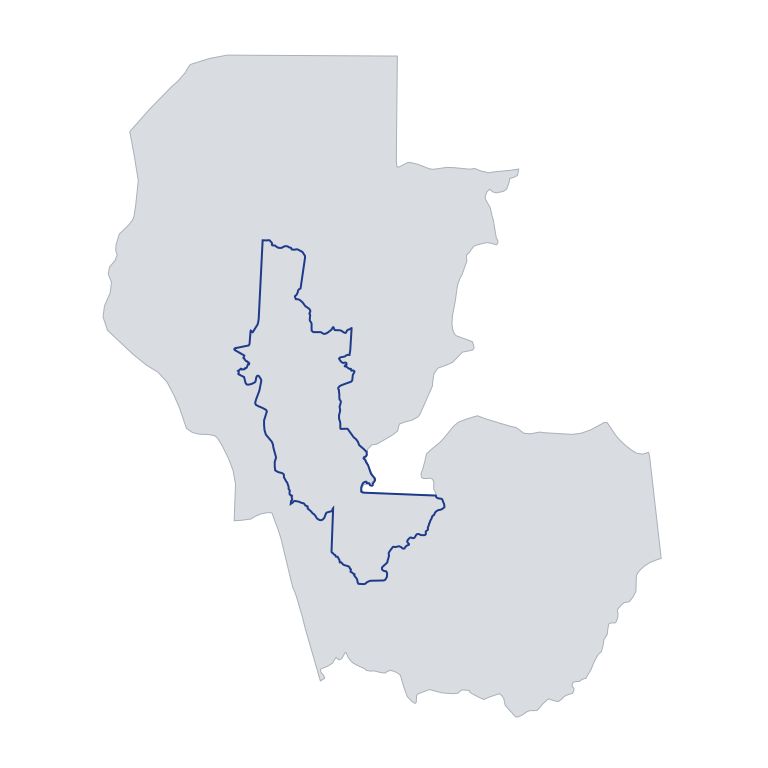 Central on a map of Zambia (orthographic projection), rotated 92°
{"feature_id": "ZMB-516", "entity_name": "Central", "entity_type": "Province", "adm_level": 1, "iso_a3": "ZMB", "parent_name": "Zambia", "parent_adm1": "", "projection": "orthographic", "projection_center": [28.771, -13.872], "detail": "fine", "context": "in_parent", "style": "outline", "palette": "blue", "viewbox_px": 768, "rotation_deg": 92, "n_neighbors": 0, "source": "natural_earth", "source_scale": "10m", "svg_char_len": 9795}
<svg xmlns="http://www.w3.org/2000/svg" viewBox="0 0 768 768"><g transform="rotate(92 384 384)"><path d="M525.9,529.0L489.0,528.9L475.5,531.9L464.5,536.4L451.3,543.6L443.7,548.6L441.6,551.4L440.6,557.5L440.6,566.9L439.2,573.7L435.2,579.9L415.4,587.4L402.4,593.6L389.6,600.9L380.0,610.4L373.5,622.0L362.6,636.4L340.0,662.2L326.9,667.1L315.8,666.1L302.4,660.8L291.7,659.9L283.9,663.4L276.7,662.4L269.9,657.1L264.3,655.2L259.8,656.8L254.0,656.6L243.4,653.8L234.1,644.8L229.1,641.1L225.3,639.7L214.3,638.4L189.2,636.7L163.3,641.8L140.6,646.9L116.7,627.1L93.7,606.1L88.7,600.7L80.1,593.7L73.9,590.4L71.4,588.7L64.7,569.6L60.8,552.1L55.8,382.1L159.8,379.5L166.5,378.7L166.7,376.8L161.7,367.8L161.9,364.6L163.1,358.4L167.4,346.0L167.7,341.9L165.3,328.6L165.4,321.1L166.3,305.9L165.5,300.8L167.9,294.0L168.6,289.5L169.5,287.5L168.3,282.4L165.9,264.4L164.5,256.9L170.9,257.9L173.0,261.6L174.3,265.6L177.1,265.8L184.6,268.0L187.3,271.3L189.1,278.5L188.1,282.2L185.7,285.2L188.2,287.8L193.2,289.5L196.1,288.9L204.5,283.8L212.2,281.9L216.2,280.5L233.5,277.0L236.9,275.2L239.3,275.2L241.1,276.6L239.6,281.7L239.1,286.3L241.4,294.8L243.0,298.8L246.7,301.6L249.3,303.1L252.3,306.1L258.3,305.5L271.6,309.7L275.6,311.7L281.3,313.6L285.2,314.3L298.9,315.7L313.4,318.0L320.9,318.2L326.2,317.5L329.9,316.2L332.2,314.8L333.2,313.6L338.6,297.3L341.4,296.0L344.9,295.2L347.0,296.6L349.5,306.9L359.9,316.1L363.6,323.8L366.2,330.5L368.5,332.3L372.5,334.6L378.8,335.3L384.4,335.6L412.6,346.8L415.7,348.9L419.2,354.9L421.2,361.8L423.5,367.2L427.1,368.2L430.3,368.6L433.5,372.3L435.9,375.6L444.3,389.0L445.4,394.3L449.4,397.8L454.9,399.4L459.9,399.6L462.9,398.0L470.0,395.2L475.6,392.1L479.7,391.0L482.1,391.7L484.0,393.9L485.1,400.6L489.1,402.8L492.0,401.9L493.2,399.3L493.3,398.0L493.4,328.1L490.9,328.6L487.6,330.6L480.2,330.8L477.3,332.3L476.4,334.5L476.9,337.4L477.1,341.3L476.0,343.2L472.7,343.9L468.0,342.4L459.4,340.4L452.3,339.1L447.2,333.9L440.3,326.0L435.7,322.0L424.8,313.8L422.9,312.1L419.6,308.3L416.7,301.7L414.0,294.2L412.5,289.3L415.1,281.9L421.5,257.7L423.0,250.2L428.3,242.5L428.7,235.7L426.6,226.9L427.1,222.1L427.8,194.4L426.4,185.6L422.7,176.0L414.8,162.5L414.8,159.6L427.0,150.8L430.7,147.5L437.1,140.4L441.4,134.4L444.2,129.5L445.1,123.2L443.1,117.2L447.3,116.0L548.6,100.9L550.1,105.1L553.1,112.0L556.6,117.1L560.9,121.5L564.6,124.2L567.0,125.1L582.6,125.0L588.2,127.7L593.0,131.2L594.2,136.5L597.4,139.8L600.8,142.5L602.3,142.8L604.9,142.2L609.0,142.2L612.9,143.4L614.7,144.6L614.9,149.0L616.0,151.0L621.3,151.8L626.6,152.2L631.8,155.3L637.4,155.9L643.8,157.3L646.8,160.5L653.7,164.0L662.0,167.1L671.2,172.1L671.4,173.6L672.9,176.5L674.5,178.6L674.6,181.7L675.4,184.6L677.7,185.3L679.7,185.5L681.5,183.5L684.0,183.6L686.7,184.9L687.6,188.2L689.7,192.7L693.0,195.7L695.3,198.7L694.4,203.9L692.9,208.7L697.5,213.6L703.4,218.2L705.0,220.2L705.4,227.0L706.3,229.3L710.3,234.9L712.2,238.7L712.1,240.8L700.9,251.7L694.2,253.3L691.2,255.5L689.4,257.8L693.6,268.9L695.8,273.1L693.8,278.3L689.3,287.2L687.3,287.9L686.9,294.6L688.1,297.1L690.3,299.1L691.1,303.7L690.7,315.0L687.8,327.9L692.5,339.3L694.2,340.5L701.0,340.7L702.1,341.7L700.4,344.9L695.6,349.8L686.9,353.4L674.4,357.5L671.7,361.5L669.9,367.4L671.3,370.9L672.9,372.9L672.3,378.1L671.1,383.5L671.4,387.8L670.8,391.6L669.1,393.5L666.9,399.2L664.1,404.9L661.9,407.5L658.8,410.1L653.8,412.4L653.9,413.5L659.4,416.3L660.8,418.1L661.3,419.4L659.0,422.3L661.5,424.1L664.6,425.6L667.5,429.5L670.8,436.8L671.4,437.5L672.3,437.6L674.2,436.9L677.6,434.0L680.1,433.0L683.0,437.2L631.0,454.2L618.8,457.7L600.6,463.7L594.7,466.0L589.9,468.3L541.7,481.7L534.1,484.4L517.0,491.4L516.5,492.6L516.6,495.8L518.1,502.5L521.0,508.6L523.5,512.1L525.1,521.1L525.9,529.0Z" fill="#d9dde1" stroke="#a8b0b8" stroke-width="1"/><path d="M491.6,403.1L492.4,403.0L493.3,401.2L493.7,328.3L495.0,328.0L495.4,327.6L495.9,326.9L496.4,325.7L496.7,322.8L496.9,322.2L497.3,321.8L502.1,319.7L504.6,319.3L504.9,319.3L505.2,319.5L506.7,321.2L507.7,323.1L508.1,325.3L509.7,327.7L511.5,328.9L513.0,329.3L514.1,330.9L515.3,331.4L516.3,331.6L519.4,333.1L520.8,333.4L522.2,334.1L523.5,334.2L525.3,335.0L526.2,335.2L527.1,335.0L528.2,335.1L528.7,335.6L529.3,336.6L530.2,337.1L530.5,337.2L532.1,336.9L532.7,337.0L533.3,337.5L533.7,338.6L533.7,341.6L533.5,342.3L532.8,343.7L532.8,345.3L533.0,345.9L533.6,346.5L536.3,348.0L536.9,348.7L537.1,349.9L536.5,351.5L536.6,352.5L537.6,353.6L539.2,354.9L540.5,355.4L541.7,354.8L542.9,353.5L543.4,353.4L544.0,353.8L544.7,355.5L545.1,356.1L546.1,356.9L547.2,357.5L547.7,358.0L547.8,358.5L547.8,359.3L547.5,359.9L546.4,361.2L545.6,363.3L546.6,367.1L546.3,368.9L546.5,369.3L546.9,369.7L550.3,372.1L552.4,373.3L553.4,373.4L555.6,373.0L559.0,373.8L560.5,374.3L562.0,374.4L562.7,374.9L566.8,379.1L567.6,379.6L569.0,379.6L569.8,379.2L570.3,378.6L570.9,377.2L571.1,375.4L571.5,375.0L573.1,374.3L576.0,374.3L576.7,374.4L578.9,375.5L579.6,376.1L579.9,376.3L580.2,377.1L580.4,378.0L581.1,390.6L581.5,391.7L582.5,393.8L584.5,396.1L584.7,397.7L584.6,402.5L583.3,403.4L580.7,403.9L579.4,404.6L577.2,406.4L576.4,407.1L576.0,406.9L575.5,406.8L575.0,406.9L574.6,408.1L573.5,409.4L572.9,410.8L572.2,410.9L570.8,410.6L570.2,410.8L569.6,411.6L568.1,412.2L567.4,413.4L566.3,417.5L566.0,418.3L563.6,420.8L563.9,421.8L563.2,422.2L561.6,422.3L559.5,423.7L558.8,423.9L558.3,424.4L558.3,425.3L558.1,426.2L556.8,426.7L556.8,426.9L555.9,428.2L554.6,429.5L554.3,430.2L553.8,430.5L553.2,430.6L509.9,430.5L510.4,430.9L512.5,431.4L512.8,431.6L514.5,436.8L514.7,437.1L516.5,437.9L519.1,438.7L520.0,439.1L521.5,440.4L522.2,441.7L522.3,442.7L522.2,443.6L521.9,444.3L520.7,446.3L520.0,446.8L518.6,447.6L517.3,448.8L516.6,449.3L515.9,450.7L513.8,452.5L511.2,455.8L510.6,456.1L509.6,455.9L509.0,456.1L508.6,457.0L508.2,458.3L507.9,458.6L506.9,459.2L506.3,459.8L505.9,460.8L505.7,462.1L505.4,463.1L504.8,464.3L504.3,466.4L504.0,469.3L504.3,469.9L505.5,470.9L507.1,473.0L504.3,472.8L503.7,472.5L503.2,471.9L502.7,471.7L501.9,471.8L501.0,472.2L500.0,472.5L499.2,471.9L498.9,472.0L498.6,472.4L498.1,473.8L497.8,474.3L497.4,474.4L496.1,474.7L494.2,474.4L493.8,474.4L492.1,475.7L490.2,475.7L485.8,477.4L484.7,478.4L481.4,480.3L480.6,480.8L478.5,480.8L477.6,481.2L476.8,482.4L476.5,483.1L475.7,486.8L474.1,489.7L470.4,490.3L465.9,490.5L461.2,489.3L451.5,492.3L448.6,492.8L445.6,494.1L438.7,500.3L434.3,501.8L429.4,502.4L424.6,502.6L415.4,500.1L413.9,501.1L412.1,504.7L410.6,508.7L409.2,511.4L407.4,512.1L404.2,511.4L394.9,508.3L385.4,506.8L384.0,506.9L383.5,507.2L380.7,509.1L380.2,509.7L380.1,510.3L380.4,511.1L381.2,511.6L382.5,512.0L385.5,512.4L386.3,512.7L387.0,513.4L388.5,516.2L389.3,518.8L389.4,520.6L389.3,521.0L388.8,521.6L387.8,522.4L381.9,524.1L379.6,529.2L378.9,530.0L377.9,529.6L376.9,529.6L376.0,530.4L375.1,529.0L373.7,527.6L373.8,527.2L374.5,526.4L374.2,525.7L374.2,524.0L374.0,523.7L373.1,523.4L372.9,523.2L372.8,522.2L372.3,521.7L369.2,520.7L369.1,520.4L369.2,519.9L369.1,519.6L368.7,519.5L367.9,519.5L367.2,520.0L367.0,521.0L366.3,521.4L366.1,521.6L365.9,522.5L365.6,523.0L364.3,524.1L363.5,524.5L363.1,525.3L362.6,525.4L361.7,524.9L360.6,524.6L360.4,524.6L355.3,534.3L354.4,534.8L353.8,534.0L353.2,533.8L353.2,533.1L350.2,520.6L348.8,519.8L335.8,519.2L335.3,519.0L335.5,518.7L336.8,517.5L336.9,517.1L336.3,516.7L328.9,512.4L326.7,511.9L323.4,511.5L244.6,510.3L244.6,506.4L244.3,504.3L244.4,503.4L246.8,501.0L247.4,500.8L248.8,500.9L249.2,500.6L249.4,499.9L249.4,497.7L250.4,496.5L251.1,495.3L251.6,494.1L251.6,491.3L249.8,488.1L249.7,487.1L249.7,485.9L249.9,484.9L250.7,483.8L251.1,481.9L251.5,481.5L252.7,480.9L252.8,480.6L252.9,477.8L252.5,476.6L252.4,475.7L252.6,474.8L253.2,473.7L254.1,471.6L255.0,470.1L255.6,469.5L256.4,469.1L258.4,467.6L260.4,467.3L291.2,470.7L291.8,471.3L292.6,472.6L294.0,473.2L295.4,473.4L297.9,474.5L299.1,475.9L299.7,476.1L302.2,475.1L302.5,472.1L303.1,470.9L305.3,468.2L308.9,465.4L311.2,461.8L311.6,461.2L312.4,460.7L313.2,460.3L314.2,460.2L315.8,460.9L316.5,461.0L316.8,460.8L317.2,460.3L317.8,460.2L322.4,460.5L323.4,460.2L325.4,458.8L326.2,458.5L333.1,458.2L334.0,457.3L334.3,457.0L334.6,456.1L334.4,449.1L334.7,448.3L335.8,446.6L336.0,445.6L335.8,444.3L334.9,442.5L332.1,439.0L331.5,438.4L329.3,437.2L329.0,436.8L329.3,436.3L330.9,435.7L331.8,435.1L331.9,434.6L331.8,430.9L332.0,429.4L332.4,428.2L333.6,426.4L334.1,425.3L334.3,424.3L334.0,423.8L332.3,423.0L331.6,422.5L330.9,421.6L330.5,420.2L330.2,419.7L329.5,418.8L328.6,418.3L351.4,418.9L356.2,419.5L356.1,421.1L356.6,422.5L357.9,424.2L358.9,428.5L359.4,429.2L360.2,429.8L361.1,429.3L362.6,428.2L363.9,426.8L364.4,425.3L364.0,424.1L363.9,423.3L364.2,422.6L364.7,422.2L365.4,422.1L366.1,422.2L366.5,423.2L367.1,423.8L367.5,423.9L367.8,423.6L367.8,422.4L369.6,420.0L370.1,419.2L370.1,418.8L369.9,418.1L370.1,417.6L370.5,417.3L371.7,417.2L371.8,416.4L371.6,415.7L371.6,414.9L372.4,414.0L373.7,414.2L375.0,415.0L376.2,415.5L380.9,415.8L382.0,416.2L382.8,416.9L386.6,426.3L387.2,427.4L387.8,428.4L389.0,429.3L389.6,429.6L390.4,429.6L391.3,429.0L392.2,428.8L393.7,428.7L395.5,428.3L398.6,428.2L400.6,428.0L401.1,427.8L402.3,426.8L403.4,426.5L404.3,426.6L408.4,427.6L411.0,427.0L412.9,427.0L417.1,427.9L420.7,427.6L421.3,427.4L422.9,426.7L425.1,426.3L429.6,426.1L430.1,425.9L430.4,425.6L430.0,419.2L430.2,418.7L438.5,412.3L439.8,410.4L441.5,408.9L443.4,407.7L445.6,406.9L446.1,406.5L449.7,402.0L451.8,399.8L452.3,399.0L455.5,398.7L456.7,399.3L458.1,401.6L459.0,401.8L459.5,401.4L460.6,400.1L462.7,399.2L465.9,397.0L473.8,394.0L475.0,393.2L478.2,390.2L479.5,389.6L480.8,389.7L481.9,390.3L483.9,391.7L484.6,391.8L485.5,391.7L486.0,392.3L486.1,392.9L486.0,393.5L485.6,394.5L485.1,394.8L484.1,395.1L483.7,395.5L483.7,397.7L482.8,397.9L482.3,398.2L482.3,399.0L482.6,399.7L483.2,400.9L483.7,401.4L484.6,401.9L485.8,402.4L488.0,403.1L491.6,403.1Z" fill="none" stroke="#1e3a8a" stroke-width="2"/></g></svg>